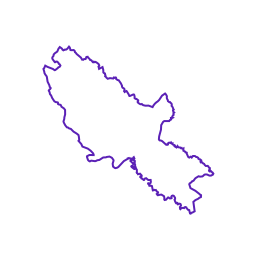 Bagoue, Savanes, Ivory Coast, rotated 128°
{"feature_id": "98640826B26044148659027", "entity_name": "Bagoue", "entity_type": "district", "adm_level": 2, "iso_a3": "CIV", "parent_name": "Ivory Coast", "parent_adm1": "Savanes", "projection": "natural_earth1", "projection_center": [-6.474, 9.903], "detail": "fine", "context": "isolated", "style": "outline", "palette": "violet", "viewbox_px": 256, "rotation_deg": 128, "n_neighbors": 0, "source": "geoboundaries", "source_scale": "gbopen_adm2", "svg_char_len": 5832}
<svg xmlns="http://www.w3.org/2000/svg" viewBox="0 0 256 256"><g transform="rotate(128 128 128)"><path d="M159.5,86.2L159.2,85.8L159.3,83.6L158.9,83.3L157.7,83.7L156.4,82.8L156.5,80.0L155.0,78.2L156.4,76.8L157.5,76.4L158.4,76.5L158.9,77.9L159.3,78.1L159.6,77.8L159.6,76.8L160.4,75.6L159.2,74.1L159.0,73.4L161.9,70.0L161.6,69.7L160.6,69.3L160.4,68.5L159.7,67.9L160.3,66.1L160.1,64.9L160.4,64.5L161.1,64.4L162.3,64.7L162.7,63.3L162.4,62.9L161.0,61.8L159.9,60.6L159.6,57.6L160.7,56.3L162.0,55.4L162.2,54.8L161.2,53.9L158.1,53.7L157.8,53.3L157.8,51.8L156.9,50.7L156.3,50.5L155.6,51.5L154.6,51.7L153.6,51.1L153.3,50.1L154.0,48.0L154.9,47.2L155.8,47.2L156.9,45.6L157.7,43.8L157.4,43.2L156.8,43.4L156.7,43.2L157.5,41.8L157.2,41.5L156.2,41.3L155.6,40.0L155.7,39.5L156.5,38.5L158.4,38.4L159.7,37.1L159.7,36.7L158.3,36.7L157.0,35.4L156.6,34.5L155.6,34.6L154.8,33.9L154.7,33.1L155.0,32.8L155.5,30.3L155.0,29.2L156.5,27.4L156.7,26.7L157.1,26.5L156.9,25.9L155.7,25.8L155.0,25.2L152.6,24.2L146.0,31.0L143.3,30.5L140.5,29.1L138.9,28.8L137.6,28.0L136.4,28.7L135.9,29.3L136.2,30.1L136.0,30.9L136.0,36.2L136.9,41.8L134.6,45.1L133.8,45.3L131.5,44.6L130.6,44.7L129.2,43.9L126.5,44.0L125.6,43.8L122.6,42.7L122.0,41.3L120.4,39.6L119.5,39.3L117.9,39.1L117.1,38.6L116.0,37.1L115.4,34.6L114.4,33.3L112.5,32.4L111.6,32.6L111.7,33.1L111.0,33.7L111.1,35.2L110.9,35.9L110.9,36.4L111.9,36.7L112.0,37.2L111.8,37.9L111.2,38.2L110.2,38.1L109.2,38.8L109.4,39.8L108.8,41.1L108.8,41.9L110.0,43.3L109.9,44.8L109.4,45.9L109.7,47.1L109.4,48.3L110.3,49.4L110.1,49.9L109.6,50.4L108.8,50.1L108.4,50.3L108.3,51.8L108.8,52.6L108.9,53.4L108.9,53.6L108.4,54.0L108.3,54.5L108.4,55.7L108.9,56.4L108.8,57.6L109.2,58.5L110.1,59.6L112.0,59.6L111.8,60.6L112.0,61.0L113.5,61.4L113.8,62.3L113.5,63.2L112.0,66.0L111.3,66.5L111.8,67.7L111.4,68.2L111.8,70.4L110.0,71.7L110.7,72.0L110.9,72.9L110.7,73.4L111.3,73.6L111.4,73.8L111.2,74.8L112.0,76.0L112.0,76.5L112.2,76.9L111.9,77.6L112.7,77.4L112.9,77.6L113.0,78.2L113.5,78.0L113.6,78.7L113.3,79.0L113.4,80.0L113.7,80.0L113.7,80.3L113.3,80.7L112.9,80.7L112.9,80.9L113.4,82.4L113.2,83.1L112.8,83.4L113.3,83.7L113.0,84.7L113.3,84.6L113.5,84.9L113.3,85.4L113.8,85.6L113.8,86.0L114.5,86.8L115.3,87.0L116.3,86.4L116.8,87.1L117.2,86.9L117.7,87.6L117.3,93.0L117.7,94.6L118.3,95.4L118.2,96.1L117.9,96.7L115.4,98.3L109.0,101.0L105.3,103.6L101.5,104.1L100.2,103.7L97.2,99.8L96.0,99.9L95.3,99.4L94.6,99.3L94.2,99.9L93.7,100.3L93.3,99.6L92.3,99.1L92.4,99.8L92.0,100.1L90.4,100.4L89.8,100.1L89.1,100.5L88.3,101.4L87.4,101.2L87.4,101.7L86.8,103.0L86.4,103.4L85.4,103.3L85.2,104.1L84.8,104.4L83.8,106.4L83.7,107.3L82.5,108.0L82.0,108.7L81.9,109.4L82.0,110.1L81.7,110.7L82.2,111.5L82.2,113.1L81.4,114.0L81.1,114.9L80.5,115.9L79.0,116.9L78.2,118.7L78.0,120.0L81.6,121.1L86.7,120.7L89.0,121.0L90.0,121.4L92.3,121.8L94.7,121.8L96.4,121.5L97.7,125.6L99.7,128.0L100.7,130.2L100.6,131.9L101.3,132.3L101.7,133.1L101.9,134.9L101.8,136.1L101.5,136.5L100.4,136.6L99.9,137.0L99.9,139.3L100.4,140.0L100.4,141.2L99.0,142.3L98.1,143.5L98.0,144.1L98.5,144.6L101.4,146.1L101.9,146.6L101.0,148.4L99.8,151.7L99.8,152.0L101.6,152.8L101.2,153.3L101.3,153.8L100.0,154.3L99.5,154.8L99.3,155.9L99.6,157.0L99.1,158.2L98.4,158.7L97.2,161.1L96.1,164.7L96.6,165.7L96.7,167.4L95.8,168.3L95.7,168.7L96.1,169.2L96.8,169.5L96.9,170.2L98.1,170.1L99.8,172.9L101.7,174.3L101.6,175.9L101.4,176.6L101.3,177.9L100.3,178.2L100.0,179.0L99.3,179.6L99.2,180.1L99.5,180.7L99.4,181.6L97.4,183.3L95.7,185.6L99.2,187.2L97.7,189.1L96.7,188.9L96.3,189.3L95.7,190.6L95.7,192.8L95.9,194.3L96.6,194.7L96.7,195.7L97.5,195.7L97.8,196.2L97.2,198.6L97.7,199.8L97.2,200.9L97.1,202.9L96.7,203.6L97.6,204.5L99.8,203.9L100.8,205.1L101.8,205.3L101.9,205.8L102.4,206.2L101.5,208.5L101.3,214.1L100.9,215.4L100.9,216.5L100.2,217.2L100.0,218.8L101.2,220.1L102.0,221.3L100.4,223.5L100.2,224.6L102.8,224.6L104.1,224.9L105.0,226.0L105.5,226.0L106.0,226.6L106.6,226.8L106.6,227.9L106.3,228.4L106.1,229.3L106.2,231.6L108.3,231.6L111.3,230.8L114.3,231.7L115.8,231.8L117.1,231.1L118.7,231.1L119.5,230.8L120.1,230.0L121.2,226.2L120.9,225.8L120.0,225.6L119.4,224.9L119.4,223.2L120.0,222.0L119.9,221.0L120.4,219.7L121.6,219.5L123.4,220.3L123.9,220.2L127.1,221.0L127.6,221.4L127.7,223.5L129.4,229.1L129.8,231.6L132.4,230.9L133.5,231.0L135.3,228.5L136.1,227.7L136.8,226.1L137.2,224.4L137.7,223.4L141.0,219.9L142.8,216.2L143.8,215.0L144.0,213.7L144.3,213.4L145.4,213.3L146.1,213.6L147.4,213.4L148.0,211.9L149.3,210.4L149.7,208.6L151.0,206.3L152.3,202.5L152.1,200.9L151.4,199.8L151.1,198.9L152.2,197.8L152.1,197.2L151.3,195.4L151.4,194.9L152.2,193.5L152.0,190.6L152.5,188.7L156.0,185.9L158.8,184.7L160.1,183.8L162.5,182.9L163.2,182.0L164.5,179.1L165.1,176.6L164.6,175.7L164.6,174.2L163.9,172.5L164.4,168.7L164.0,165.1L164.0,162.8L164.8,161.7L167.4,159.1L168.6,159.1L169.4,154.9L170.7,152.5L169.0,147.0L168.9,143.5L169.4,140.1L170.0,138.8L170.5,138.4L173.0,141.8L175.5,142.9L176.0,142.6L177.4,140.5L177.9,139.6L178.0,138.5L177.8,137.5L176.4,136.9L174.4,133.5L173.4,132.8L172.4,132.4L170.8,130.9L166.5,129.4L164.7,127.3L164.0,127.0L161.9,125.0L161.4,122.4L162.1,119.9L162.6,119.3L165.6,118.1L167.6,116.0L167.6,113.8L167.3,113.1L165.8,112.0L164.6,111.6L156.6,110.9L152.4,109.2L152.1,109.5L151.2,108.9L151.4,108.5L150.7,107.8L149.6,105.7L149.1,105.4L147.8,105.6L147.4,105.5L148.0,104.4L148.7,104.8L149.4,104.2L149.6,102.6L149.8,102.4L149.9,102.5L149.6,103.4L150.3,104.9L151.8,106.0L152.5,105.8L152.7,103.3L153.2,101.5L152.8,101.2L152.3,101.3L151.2,101.9L151.0,101.5L151.9,101.0L152.4,99.9L153.7,98.9L154.0,98.2L154.8,98.7L155.1,100.2L154.9,101.3L155.6,101.8L156.2,101.8L156.5,101.1L156.5,97.8L156.2,97.5L155.3,97.7L154.8,97.2L155.0,96.6L155.5,95.3L157.2,93.9L157.7,93.8L158.0,93.2L157.9,92.6L158.3,91.7L156.6,90.4L157.0,88.0L157.8,87.5L158.7,88.4L159.1,88.2L159.1,87.2L159.5,86.2Z" fill="none" stroke="#5b21b6" stroke-width="2"/></g></svg>